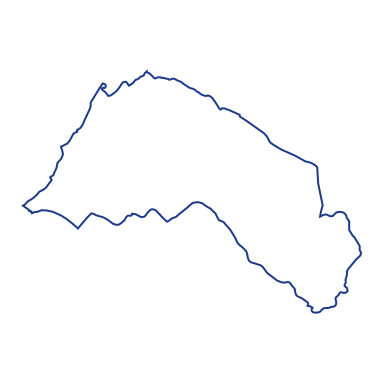 outline of Goruia, Caras-Severin, Romania
{"feature_id": "2599482B80624695322147", "entity_name": "Goruia", "entity_type": "district", "adm_level": 2, "iso_a3": "ROU", "parent_name": "Romania", "parent_adm1": "Caras-Severin", "projection": "robinson", "projection_center": [21.781, 45.174], "detail": "fine", "context": "isolated", "style": "outline", "palette": "blue", "viewbox_px": 384, "rotation_deg": 0, "n_neighbors": 0, "source": "geoboundaries", "source_scale": "gbopen_adm2", "svg_char_len": 5045}
<svg xmlns="http://www.w3.org/2000/svg" viewBox="0 0 384 384"><path d="M345.5,279.8L346.9,274.9L347.0,271.1L348.8,268.3L355.8,259.9L360.1,255.7L361.0,253.9L360.7,251.9L359.9,250.6L359.7,249.9L359.7,249.2L359.6,248.5L359.7,247.8L359.8,247.1L359.6,245.9L354.8,237.9L354.4,237.3L353.9,236.7L353.3,236.2L352.7,235.7L349.2,230.1L349.2,221.3L346.6,217.6L346.3,215.5L344.3,213.1L343.7,212.8L343.1,212.5L342.4,212.3L341.7,212.1L341.1,212.0L340.4,211.9L339.7,211.9L339.0,211.9L336.4,212.4L332.6,216.1L329.9,216.2L328.9,215.6L327.9,215.1L326.8,214.7L325.6,214.4L324.2,214.8L322.7,215.3L321.4,215.9L320.1,216.6L320.5,213.9L321.1,211.2L321.8,208.3L322.7,205.6L318.2,183.5L317.2,167.2L316.1,166.1L314.8,165.1L313.4,164.1L312.3,163.5L310.7,162.8L309.0,162.2L307.3,161.8L305.6,161.5L294.7,155.5L281.4,149.6L273.5,144.9L269.9,142.2L266.9,136.4L263.8,133.1L246.0,120.5L239.9,116.6L239.6,114.8L228.5,109.8L226.8,109.4L226.1,109.0L225.3,108.7L224.6,108.4L223.6,108.3L222.1,108.3L221.7,108.6L221.4,109.0L220.9,109.5L220.3,109.5L220.1,109.2L219.1,108.4L218.7,107.5L218.5,107.3L216.2,103.5L212.4,98.1L211.3,97.2L209.8,96.1L207.9,95.4L206.2,96.1L205.3,95.8L202.8,95.2L200.0,93.7L199.3,92.7L197.2,91.7L194.6,89.7L193.9,89.2L192.7,88.7L190.7,88.2L189.0,87.5L183.7,84.0L182.4,83.0L181.1,81.9L177.3,80.4L174.2,78.7L172.9,78.6L171.2,79.2L169.5,79.8L168.8,79.5L168.0,78.9L165.2,78.5L164.8,78.3L164.5,78.2L163.5,77.8L161.9,78.0L160.6,77.3L159.7,77.3L158.7,77.3L157.1,77.5L156.2,78.0L155.4,78.5L153.9,77.9L153.2,77.0L151.6,75.4L149.4,73.4L148.7,73.1L147.7,72.7L147.1,72.2L146.8,71.9L146.8,71.4L144.7,73.2L144.2,74.4L143.8,75.4L142.6,76.1L141.2,76.4L139.9,77.3L138.8,78.4L137.0,79.5L136.1,79.5L135.4,80.2L134.3,81.3L133.1,83.0L131.7,83.8L130.7,84.7L129.9,84.9L129.0,85.7L128.4,85.1L127.9,84.2L127.0,82.8L125.9,81.8L123.6,82.0L122.0,83.4L120.6,85.6L119.1,87.8L117.5,89.8L115.7,91.8L110.8,95.4L108.2,95.9L105.7,92.5L102.1,89.6L101.8,88.4L102.5,88.1L103.2,87.9L104.0,87.9L104.7,88.0L105.2,87.5L105.5,87.0L105.7,86.4L105.8,85.8L105.3,84.4L102.8,83.4L99.9,87.6L91.3,101.5L90.6,103.3L90.7,105.9L89.7,109.2L87.9,113.0L86.1,116.9L84.3,120.8L82.7,124.7L80.3,128.1L77.0,130.1L77.3,131.6L73.5,133.6L69.5,141.0L67.1,143.7L60.9,146.8L61.6,148.6L62.2,150.5L62.6,152.4L63.0,154.3L61.4,158.4L57.3,163.2L57.2,164.4L57.0,165.6L56.8,166.8L56.4,168.0L56.0,169.2L55.0,171.0L54.2,173.0L53.4,175.2L52.5,175.7L51.7,176.3L50.5,176.7L50.2,177.5L50.8,178.3L50.9,179.0L51.4,179.7L51.6,180.0L49.1,183.4L46.8,186.6L45.6,188.0L43.5,189.5L41.8,190.5L39.3,191.7L37.8,193.7L36.1,195.5L35.2,196.3L34.3,197.1L31.5,199.2L28.2,201.1L26.6,202.6L25.5,204.0L24.3,204.9L23.0,205.6L25.5,207.5L28.5,209.6L28.9,210.8L29.9,210.8L30.8,211.1L30.9,211.9L31.6,212.0L31.7,212.5L32.0,213.3L33.7,212.4L35.6,211.9L37.5,211.8L39.2,211.1L40.3,210.7L41.8,210.2L46.6,210.5L52.8,211.8L60.7,215.3L65.9,218.5L69.0,220.9L72.1,223.3L75.0,225.8L77.9,228.5L86.6,218.2L91.3,213.4L92.6,213.6L93.8,214.0L94.9,214.5L96.0,215.2L103.2,217.3L105.8,218.7L108.3,220.2L110.6,221.9L112.9,223.7L113.9,224.1L115.0,224.4L116.0,224.7L117.1,224.8L119.2,224.5L122.0,222.4L124.5,220.2L124.8,219.5L125.1,218.9L125.5,218.2L125.9,217.6L126.4,217.0L126.9,216.5L127.5,216.0L128.1,215.5L130.6,215.8L131.8,215.1L132.0,213.8L135.4,214.1L140.7,216.9L141.4,217.0L142.2,217.0L142.9,217.0L143.6,216.8L144.6,216.5L148.4,211.7L149.9,210.4L150.3,209.9L150.9,209.6L151.5,209.4L152.1,209.3L153.1,209.4L153.9,209.5L154.7,209.8L155.4,210.1L156.0,210.6L159.6,214.3L161.3,216.2L163.0,218.0L165.0,219.9L167.1,221.7L168.3,221.1L169.4,220.3L170.4,219.6L171.3,218.7L176.0,216.9L179.8,213.5L182.7,211.3L185.6,209.0L188.4,206.6L191.1,204.2L192.8,202.9L197.5,202.1L202.2,203.2L204.0,204.6L206.0,206.0L208.0,207.3L210.2,208.4L215.6,213.6L216.3,215.2L217.1,216.8L217.9,218.3L218.8,219.9L219.0,220.2L223.5,222.0L230.5,230.1L235.5,238.4L237.4,242.7L239.9,245.4L241.8,246.8L243.6,248.5L244.3,249.2L246.4,251.5L246.8,252.9L247.2,254.4L247.5,255.8L247.7,257.3L248.9,260.6L250.9,262.3L253.1,262.9L260.7,265.3L263.0,267.3L267.3,273.1L277.2,280.6L281.6,282.3L283.5,282.6L285.4,282.6L285.9,282.4L286.6,282.2L287.2,282.1L287.8,282.0L289.4,282.4L290.0,282.9L290.5,283.5L290.9,284.2L291.3,284.9L294.2,288.2L294.9,289.4L295.1,292.1L296.4,295.4L298.1,296.6L301.6,298.1L307.0,301.9L308.0,303.1L308.1,303.4L308.1,304.0L308.0,304.7L307.9,305.3L307.6,305.9L308.8,306.0L309.4,306.0L310.0,306.2L310.3,306.4L312.3,307.6L312.6,307.9L311.9,308.7L311.6,309.4L311.6,310.3L312.0,311.2L312.9,312.2L314.5,312.6L315.8,312.6L318.8,312.3L320.0,311.7L320.5,311.4L321.3,310.3L321.9,309.6L322.9,308.8L323.5,308.4L325.1,308.1L326.5,308.0L328.4,307.9L329.6,307.7L330.0,307.4L330.8,306.9L331.3,307.0L331.9,306.9L333.4,306.7L335.4,305.6L336.2,304.0L336.1,301.0L335.9,300.4L335.7,299.7L335.6,299.0L335.5,298.4L336.1,297.2L338.7,294.9L339.0,294.0L339.5,293.2L339.9,292.8L340.3,292.3L340.5,292.3L341.2,292.3L342.0,292.4L342.7,292.6L343.3,292.9L345.3,292.9L347.5,291.3L347.1,288.1L344.7,286.1L344.6,284.8L345.0,284.3L345.3,283.7L345.5,283.0L345.7,282.4L345.7,281.5L345.5,279.8Z" fill="none" stroke="#1e3a8a" stroke-width="2"/></svg>